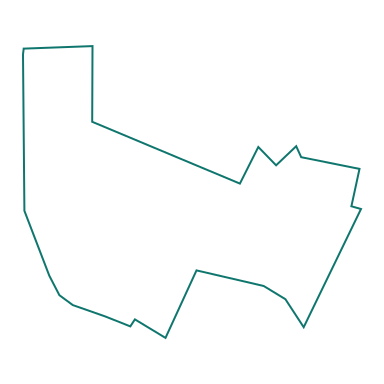 Mvurwi, Mashonaland Central, Zimbabwe (orthographic projection)
{"feature_id": "62879985B19451757525909", "entity_name": "Mvurwi", "entity_type": "district", "adm_level": 2, "iso_a3": "ZWE", "parent_name": "Zimbabwe", "parent_adm1": "Mashonaland Central", "projection": "orthographic", "projection_center": [30.851, -17.024], "detail": "fine", "context": "isolated", "style": "outline", "palette": "teal", "viewbox_px": 384, "rotation_deg": 0, "n_neighbors": 0, "source": "geoboundaries", "source_scale": "gbopen_adm2", "svg_char_len": 426}
<svg xmlns="http://www.w3.org/2000/svg" viewBox="0 0 384 384"><path d="M105.4,316.5L130.3,326.4L134.9,319.4L165.5,337.9L196.5,270.4L263.7,286.0L285.4,299.2L303.7,327.2L361.0,209.0L351.4,206.3L359.5,168.9L301.2,157.2L296.2,146.2L276.1,165.3L258.3,147.0L239.9,183.6L92.2,121.8L92.5,46.1L24.4,48.6L23.7,48.6L23.0,54.4L24.4,210.8L49.3,275.7L59.4,295.2L72.8,305.1L105.4,316.5Z" fill="none" stroke="#0f766e" stroke-width="2"/></svg>